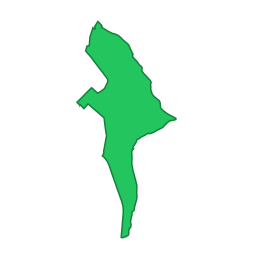 Bakau, Banjul, Gambia (orthographic projection), rotated 85°
{"feature_id": "56634734B97208940932189", "entity_name": "Bakau", "entity_type": "district", "adm_level": 2, "iso_a3": "GMB", "parent_name": "Gambia", "parent_adm1": "Banjul", "projection": "orthographic", "projection_center": [-16.668, 13.473], "detail": "fine", "context": "isolated", "style": "filled", "palette": "green", "viewbox_px": 256, "rotation_deg": 85, "n_neighbors": 0, "source": "geoboundaries", "source_scale": "gbopen_adm2", "svg_char_len": 3841}
<svg xmlns="http://www.w3.org/2000/svg" viewBox="0 0 256 256"><g transform="rotate(85 128 128)"><path d="M236.5,144.3L236.8,143.5L236.8,142.7L236.1,139.9L235.3,137.9L234.7,137.0L234.3,136.7L234.0,136.7L233.2,136.5L232.1,136.3L231.0,136.2L229.9,136.0L229.1,135.7L228.4,135.5L228.1,135.5L227.8,134.9L227.8,134.7L227.4,134.1L227.0,134.1L225.9,133.6L224.6,133.4L223.1,133.6L221.5,133.6L220.1,133.3L218.8,133.0L217.1,132.4L215.4,131.7L215.0,131.7L212.9,131.3L212.2,131.2L211.8,131.2L210.9,129.7L211.0,129.6L210.5,129.1L208.9,128.8L207.6,128.4L206.9,128.2L205.7,127.8L204.7,127.4L203.1,126.9L202.4,126.5L201.6,126.3L200.9,126.0L200.0,125.7L198.4,125.3L197.5,125.1L196.2,125.0L194.9,125.0L193.1,124.9L190.6,124.7L188.5,124.4L186.3,124.2L184.8,124.4L180.4,125.0L178.5,125.4L174.2,126.1L171.4,126.7L165.7,127.2L164.4,127.3L160.7,127.0L159.5,126.8L158.6,126.7L158.1,126.6L156.0,126.5L152.9,126.4L152.1,126.4L151.6,126.2L151.0,126.0L150.8,125.8L150.4,125.6L149.4,124.5L149.2,124.3L149.0,124.6L148.8,124.9L148.5,125.0L148.1,124.9L147.1,124.4L146.1,123.5L145.1,122.8L144.3,122.3L143.6,121.7L143.1,121.3L142.2,120.8L141.8,120.8L140.0,119.7L139.8,118.1L139.5,117.7L138.9,116.9L138.3,115.9L137.6,114.3L136.8,111.9L135.6,110.0L135.4,109.3L135.2,108.6L135.2,107.9L135.5,107.7L135.5,106.8L135.2,105.7L134.6,102.9L133.3,100.4L132.6,98.8L132.2,97.8L131.4,95.5L130.5,93.4L126.7,89.1L126.3,88.7L125.3,87.1L124.6,85.8L124.1,82.3L124.0,80.9L123.9,80.3L123.7,79.7L123.3,79.4L122.8,79.4L122.4,79.6L118.2,86.2L116.9,87.9L114.7,90.4L113.4,91.7L113.1,92.0L111.5,93.3L110.6,93.8L109.8,93.8L109.0,93.7L107.4,93.7L106.2,93.8L104.8,94.0L103.7,94.4L102.9,95.0L102.6,95.4L102.5,95.5L101.2,96.9L99.7,98.4L98.6,99.4L98.1,99.8L96.9,100.6L95.5,101.2L94.2,101.4L94.3,101.5L94.2,101.5L92.3,101.9L91.5,102.0L90.3,101.8L89.0,101.7L86.3,101.7L85.4,101.2L84.9,101.1L84.5,101.0L84.1,101.1L83.5,101.3L82.3,101.9L78.1,105.2L77.0,106.0L75.6,107.2L74.7,107.9L74.3,108.1L72.9,108.8L71.9,109.1L71.4,109.1L70.9,109.1L70.2,108.9L69.8,108.8L69.5,108.7L69.0,108.8L68.4,109.1L67.7,109.5L66.9,110.4L66.3,111.0L65.2,111.8L63.7,112.5L61.8,113.8L60.7,114.7L58.8,116.2L58.2,116.6L57.8,116.8L57.5,116.9L57.1,117.1L56.5,117.1L56.2,117.2L55.9,117.1L55.3,116.6L55.0,116.7L54.3,116.9L53.5,117.2L52.3,117.7L51.6,117.8L50.3,118.4L49.1,118.9L48.1,119.1L47.1,119.4L46.3,119.8L45.0,120.3L44.4,120.8L43.9,121.3L43.7,121.4L42.8,122.4L42.3,122.8L41.4,123.8L38.9,126.1L38.7,126.3L37.6,127.0L37.4,127.2L36.5,128.2L36.3,128.3L35.0,129.7L34.3,130.8L33.3,132.6L32.6,134.8L31.2,137.3L30.7,138.1L29.4,140.2L25.2,145.6L23.9,145.0L19.3,148.6L19.2,148.7L24.2,152.5L25.8,151.8L26.7,152.7L25.1,154.2L33.9,157.9L42.7,159.5L42.8,161.7L47.6,163.5L53.8,159.0L59.4,155.5L59.5,155.4L65.2,151.8L68.0,150.0L72.0,147.5L76.4,144.7L76.5,144.6L77.0,144.4L77.5,144.2L78.8,144.0L80.1,144.2L80.7,144.4L86.4,147.8L86.8,148.1L86.9,148.3L87.9,150.1L88.2,150.5L88.6,151.1L88.8,151.3L90.7,155.2L90.5,155.3L87.9,157.7L87.7,158.0L87.4,158.2L85.3,160.2L85.3,160.3L85.1,160.4L85.0,160.5L84.7,160.9L84.8,161.0L85.9,162.3L87.4,164.1L87.5,164.2L90.2,167.4L90.8,168.1L92.9,170.5L93.0,170.6L93.1,170.8L96.3,174.6L97.3,175.8L97.8,176.5L98.0,176.6L100.3,174.6L100.9,174.0L101.2,173.9L101.3,173.9L100.8,173.4L101.0,173.2L104.9,170.3L104.9,170.2L100.5,165.7L104.9,161.5L109.1,157.4L113.4,153.3L115.7,151.0L123.6,150.7L124.4,150.7L133.9,150.1L136.1,150.7L142.7,152.5L145.6,153.3L148.7,154.2L151.4,154.5L152.6,155.3L153.0,155.6L153.2,155.8L153.6,156.0L153.8,155.8L154.1,155.4L154.6,154.9L155.0,154.4L155.8,153.9L157.2,152.9L159.5,151.5L161.7,150.7L164.8,149.8L166.4,149.4L178.8,146.3L181.7,145.5L185.1,144.7L200.3,140.7L202.1,140.4L203.7,140.1L205.9,139.8L208.3,139.8L211.1,140.0L213.3,140.3L216.7,140.9L219.1,141.3L220.0,141.5L224.8,142.3L230.1,143.2L232.6,143.7L233.6,143.9L235.3,144.1L236.5,144.3Z" fill="#22c55e" stroke="#15803d" stroke-width="1.5"/></g></svg>